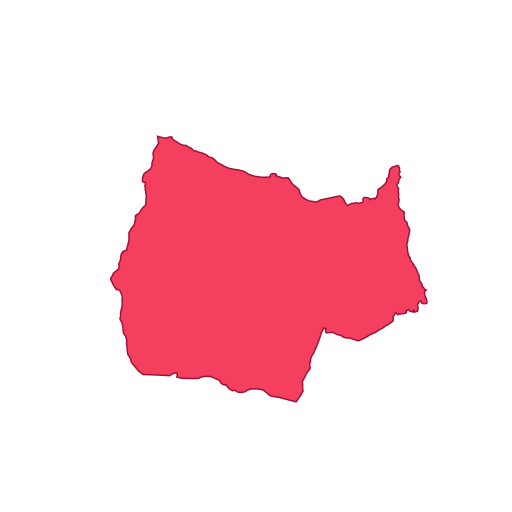 Pojorata, Suceava, Romania (Mercator projection), rotated 45°
{"feature_id": "2599482B93578143762204", "entity_name": "Pojorata", "entity_type": "district", "adm_level": 2, "iso_a3": "ROU", "parent_name": "Romania", "parent_adm1": "Suceava", "projection": "mercator", "projection_center": [25.425, 47.481], "detail": "fine", "context": "isolated", "style": "filled", "palette": "rose", "viewbox_px": 512, "rotation_deg": 45, "n_neighbors": 0, "source": "geoboundaries", "source_scale": "gbopen_adm2", "svg_char_len": 6115}
<svg xmlns="http://www.w3.org/2000/svg" viewBox="0 0 512 512"><g transform="rotate(45 256 256)"><path d="M243.3,419.3L254.4,420.4L260.0,419.6L270.6,409.7L279.5,401.7L280.6,397.5L282.1,395.1L283.1,394.7L284.8,396.2L285.6,397.6L290.4,394.6L298.4,386.9L302.1,383.1L302.2,381.7L302.6,380.7L303.4,379.8L303.3,379.3L306.7,375.4L309.4,373.2L318.2,369.7L319.1,370.1L320.9,370.6L323.0,370.4L325.3,369.3L325.5,368.0L327.4,368.5L329.3,368.8L332.0,368.7L334.8,367.8L335.9,365.9L340.0,364.9L343.1,361.6L344.4,359.3L344.6,357.5L345.5,355.6L346.5,353.6L350.5,349.4L354.7,346.3L356.5,345.6L364.7,344.8L367.0,343.7L367.7,343.1L367.9,342.5L369.3,342.0L371.3,340.3L387.5,330.8L387.2,328.7L386.4,324.8L386.2,322.9L385.3,320.6L384.8,318.3L382.5,316.5L379.7,313.7L377.4,311.9L376.4,307.9L375.4,305.1L374.6,303.5L374.6,302.7L374.3,301.4L374.2,299.3L374.0,298.1L373.3,296.6L371.6,295.7L370.2,294.0L369.3,292.4L367.1,289.6L365.9,286.7L365.6,284.2L364.2,281.3L363.3,278.5L361.1,273.3L359.4,269.6L356.5,264.1L355.7,261.6L355.2,259.2L354.9,259.0L356.9,257.7L357.4,258.8L358.1,259.8L359.5,260.7L359.9,260.7L360.7,259.9L361.7,258.5L362.9,257.5L363.3,256.5L364.1,256.1L364.3,255.7L365.6,255.3L365.9,255.0L366.3,255.0L368.9,254.2L372.2,252.1L373.2,252.0L374.0,251.7L375.5,251.5L378.3,249.7L379.8,248.1L388.5,243.5L390.8,237.0L392.7,229.9L394.6,225.4L394.8,223.2L396.0,218.9L396.9,215.8L396.5,215.5L397.9,211.5L398.8,206.0L398.9,205.3L398.5,204.5L397.4,203.1L395.9,202.3L395.7,201.8L395.8,200.9L395.8,200.5L395.3,199.5L394.8,197.3L397.5,197.4L400.0,193.7L401.4,192.0L401.4,191.8L402.1,190.8L402.4,190.5L402.3,189.9L401.9,189.3L400.8,188.7L401.5,187.0L401.7,185.7L402.9,186.0L403.4,186.3L403.8,186.2L405.3,185.2L406.1,184.9L405.9,183.7L405.7,182.5L406.3,182.6L406.5,183.2L407.2,184.1L407.4,184.0L408.4,182.4L409.2,180.8L407.8,178.5L404.7,176.3L404.0,173.7L404.1,173.1L404.3,171.5L404.5,171.3L404.8,171.2L405.4,171.4L406.8,172.1L407.8,171.6L409.5,169.9L410.2,168.8L408.9,167.2L405.9,165.4L404.8,165.0L403.9,165.0L400.7,162.4L400.2,161.5L400.5,159.7L399.1,160.2L397.4,159.9L395.0,159.8L392.9,158.4L389.0,157.8L386.2,155.3L384.2,154.1L382.2,153.5L378.2,151.7L367.8,149.5L366.7,148.9L366.1,148.1L365.6,148.5L364.5,148.0L363.2,147.7L363.0,147.3L362.6,147.0L361.6,146.6L361.4,146.6L354.4,141.1L353.8,140.1L353.6,139.9L352.5,137.8L351.0,136.2L350.5,135.2L349.4,133.4L349.0,132.4L348.6,131.7L347.6,131.2L347.2,130.4L347.1,129.6L345.4,128.3L344.1,127.9L341.6,127.4L340.1,126.2L339.0,125.6L338.1,125.5L336.1,125.6L335.1,125.1L331.7,122.5L330.6,120.9L329.9,120.2L327.7,120.5L326.4,120.8L323.2,120.7L322.5,120.2L320.7,120.1L320.1,118.7L319.5,118.1L318.6,116.7L317.2,114.8L316.0,114.3L314.5,113.0L313.1,111.2L310.8,109.9L310.8,109.6L309.8,108.2L309.0,107.4L307.8,107.1L305.9,106.9L304.9,105.0L305.0,103.5L304.0,102.3L303.2,100.8L302.7,99.3L302.6,97.9L301.9,97.7L300.9,98.0L299.3,97.2L298.5,96.6L298.4,94.6L297.2,94.3L295.9,93.0L295.7,92.6L293.2,91.6L292.6,91.7L292.0,92.0L291.4,92.9L290.9,94.0L290.7,95.1L289.4,96.9L289.6,98.5L289.4,99.4L289.5,100.1L289.7,100.7L290.3,101.7L291.1,102.4L293.3,105.7L294.0,106.2L294.1,107.4L293.9,108.8L294.2,109.5L295.1,110.0L295.7,111.5L296.3,113.8L296.3,115.6L296.1,118.3L295.8,120.1L295.5,120.8L295.5,122.6L295.4,123.0L295.6,123.4L295.9,123.7L296.9,124.3L297.3,124.9L298.1,125.5L298.6,126.8L298.8,127.6L299.2,127.9L299.7,129.2L299.9,131.6L299.7,131.8L299.0,131.4L298.5,132.2L297.5,133.6L296.4,135.2L296.6,135.6L296.3,135.6L295.4,135.3L294.7,135.3L292.1,137.1L291.2,138.0L290.9,138.3L291.1,138.8L291.1,139.5L291.7,140.6L292.8,141.0L293.2,141.6L293.5,142.6L292.2,145.0L290.3,146.9L289.5,147.2L288.8,148.0L287.7,150.2L287.0,150.4L286.3,151.7L285.4,154.3L285.1,155.5L284.1,155.6L281.8,155.4L279.4,154.4L277.6,153.9L276.0,153.7L272.7,154.3L261.9,170.8L260.8,174.9L254.5,179.6L250.5,180.9L246.1,181.7L241.6,179.9L240.6,179.1L238.8,178.6L231.2,179.4L223.6,177.9L221.7,179.6L219.8,182.2L218.7,182.4L213.4,185.2L212.5,183.8L209.8,185.4L209.6,185.7L209.6,186.2L209.3,186.4L208.9,187.3L208.8,188.4L209.0,188.9L210.0,189.8L209.1,191.6L207.9,192.5L207.0,193.6L204.2,196.4L198.6,200.6L197.7,201.0L197.0,201.6L194.7,202.5L193.5,203.3L188.2,204.5L186.0,205.6L183.2,207.2L179.5,210.0L174.8,213.2L170.4,214.9L166.7,215.9L164.9,216.4L163.8,217.0L162.0,217.2L157.9,217.2L156.3,217.4L154.8,217.9L153.4,218.9L151.6,219.5L150.0,219.4L148.2,220.0L145.5,221.1L143.6,222.0L142.1,223.1L139.4,224.1L137.6,225.6L136.3,225.7L134.3,225.5L133.7,225.7L132.5,226.4L131.1,226.6L130.0,227.0L128.6,227.2L127.8,227.6L127.2,228.6L123.2,230.6L119.8,231.2L116.3,232.1L114.7,232.4L112.2,231.4L110.5,233.3L109.2,235.9L107.7,237.5L101.8,241.0L102.2,241.2L107.5,245.3L107.7,246.6L108.1,248.3L108.4,250.1L109.1,253.4L110.1,255.7L114.1,259.1L114.9,260.2L115.6,261.6L115.9,262.7L116.9,263.9L117.6,264.6L119.1,266.9L119.9,269.0L119.9,269.3L119.5,270.3L119.5,270.7L119.7,271.2L118.8,274.8L118.7,276.6L119.1,278.2L119.8,279.7L121.4,281.9L122.9,283.4L123.2,283.7L124.7,283.1L125.8,282.2L127.6,284.3L127.8,285.1L129.3,285.9L131.1,287.7L132.5,288.4L134.3,290.0L136.1,291.2L137.5,292.7L137.7,293.2L138.3,293.9L139.8,295.6L141.1,297.0L141.4,297.3L142.1,298.5L141.8,300.8L141.8,302.3L142.4,305.6L143.3,309.1L142.6,310.3L142.3,311.6L142.3,312.9L144.7,315.0L145.8,317.1L146.9,318.4L148.0,321.2L148.3,324.4L148.9,326.1L149.1,327.7L149.9,329.6L150.2,330.0L151.9,331.5L155.0,334.6L160.0,343.0L160.6,343.5L159.3,345.2L159.0,346.0L159.0,346.7L158.7,347.4L159.7,348.4L159.1,349.0L160.1,351.1L162.5,354.0L162.6,354.4L163.7,355.9L163.7,357.1L165.1,359.3L166.2,359.3L166.4,359.5L167.3,361.3L167.8,362.0L168.0,362.7L167.9,363.3L167.9,363.8L167.6,364.8L167.6,367.0L167.3,368.8L167.4,369.3L168.3,371.1L169.0,374.8L170.8,375.7L173.1,376.4L173.7,376.8L174.7,376.9L176.4,377.6L177.8,377.7L180.8,378.6L181.4,377.9L184.0,376.6L188.1,378.2L189.9,379.1L192.9,382.4L193.6,382.7L197.7,387.2L198.1,388.4L200.3,391.8L202.7,394.2L203.4,395.3L204.0,396.5L206.2,397.5L207.2,397.4L211.8,400.1L214.4,402.4L217.0,404.3L220.4,404.8L222.6,406.2L224.2,406.9L225.2,407.9L226.6,409.8L228.6,411.0L232.8,414.7L235.0,416.2L240.0,417.4L241.1,418.1L243.3,419.3Z" fill="#f43f5e" stroke="#9f1239" stroke-width="1.5"/></g></svg>